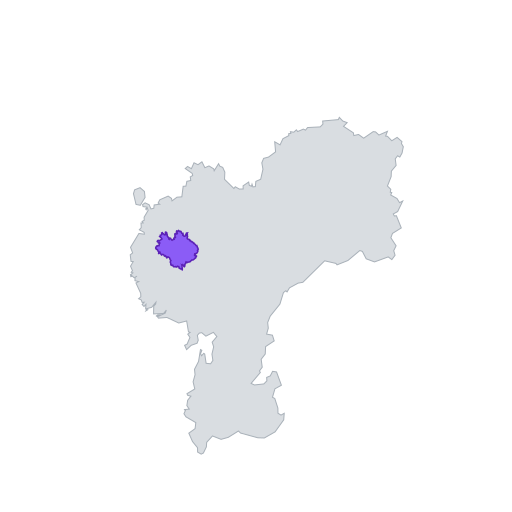 China, with Hunan highlighted, rotated 133°
{"feature_id": "CHN-1808", "entity_name": "Hunan", "entity_type": "Province", "adm_level": 1, "iso_a3": "CHN", "parent_name": "China", "parent_adm1": "", "projection": "natural_earth1", "projection_center": [111.592, 27.371], "detail": "fine", "context": "in_parent", "style": "filled", "palette": "violet", "viewbox_px": 512, "rotation_deg": 133, "n_neighbors": 0, "source": "natural_earth", "source_scale": "10m", "svg_char_len": 9312}
<svg xmlns="http://www.w3.org/2000/svg" viewBox="0 0 512 512"><g transform="rotate(133 256 256)"><path d="M280.5,364.7L272.1,361.1L271.5,357.1L273.0,355.0L266.9,353.9L263.3,350.6L254.7,356.8L252.7,354.9L248.5,357.5L245.3,355.2L243.0,358.0L240.3,357.2L239.1,359.0L240.3,367.4L237.2,367.1L236.2,362.8L230.1,364.9L228.8,360.7L224.0,359.8L226.3,353.6L222.2,351.8L221.1,346.3L222.2,344.7L214.0,346.3L215.0,343.8L213.9,340.8L215.9,336.0L221.4,331.3L221.7,318.2L219.5,318.4L218.4,313.8L215.7,311.1L213.5,313.3L206.9,311.8L208.9,309.1L208.1,306.9L206.2,307.9L207.6,305.4L205.7,303.8L201.5,307.0L196.7,304.9L187.8,310.1L183.9,315.3L179.4,317.0L175.1,314.3L166.5,312.7L159.7,320.2L158.3,314.2L151.8,316.3L145.6,314.1L144.2,315.5L142.6,314.1L141.6,315.6L139.7,312.8L136.2,312.5L136.6,310.4L130.9,307.9L130.2,305.6L126.9,305.9L117.8,297.1L113.9,297.0L111.8,299.3L100.1,288.8L97.8,289.6L98.1,284.6L96.3,280.3L101.5,280.4L99.5,268.8L101.2,266.6L97.2,263.9L96.4,257.6L85.1,255.1L83.7,253.2L83.7,248.6L75.2,244.9L79.9,243.0L78.8,241.4L79.1,235.3L73.0,233.7L72.8,227.3L74.6,226.3L75.6,222.8L81.1,219.4L85.6,218.3L86.1,220.8L90.0,220.4L94.2,215.3L101.6,214.9L105.8,211.3L115.2,207.6L115.3,202.9L117.8,201.3L117.0,200.0L119.5,199.1L117.8,192.1L119.1,187.4L115.7,186.2L126.9,182.7L131.6,184.3L132.4,182.1L130.8,180.8L136.4,168.9L146.4,171.6L150.7,169.8L153.0,160.5L158.2,158.9L160.6,154.8L166.0,154.2L166.5,158.7L179.5,165.3L182.9,173.5L180.1,181.3L181.2,183.8L196.6,185.7L207.2,190.7L206.9,192.5L212.7,202.5L243.3,203.8L247.1,206.7L256.4,209.8L261.1,208.8L261.1,210.5L264.0,211.0L274.9,205.7L290.3,204.6L296.7,202.1L300.4,197.8L305.9,195.0L302.7,190.0L305.7,184.8L315.7,187.2L321.4,182.4L328.0,181.8L333.1,175.6L337.7,175.1L338.2,173.4L352.5,172.7L351.4,169.2L344.2,163.0L339.9,162.9L337.5,165.4L334.0,163.8L329.0,165.2L326.8,161.9L333.2,149.3L340.2,151.6L348.1,147.6L347.4,145.1L352.3,136.3L356.0,132.7L355.3,129.2L351.8,128.1L356.9,124.0L371.6,122.1L383.4,125.8L387.7,130.7L396.0,146.5L396.0,149.5L407.5,152.6L413.9,156.5L417.3,165.1L425.9,165.0L429.5,162.1L436.0,160.1L438.3,161.0L439.2,165.0L436.1,168.0L435.0,175.9L431.4,184.3L423.8,182.8L418.9,186.4L421.4,197.5L420.5,201.1L416.8,202.4L417.5,203.9L413.5,200.4L412.6,204.5L408.1,207.6L402.9,208.0L404.5,210.9L403.8,212.6L395.0,210.1L390.9,216.2L384.4,219.6L380.8,223.7L372.3,226.1L362.3,232.8L361.9,231.3L365.3,229.9L366.1,227.8L362.8,227.8L362.7,226.6L368.5,219.3L365.8,215.7L361.8,216.3L357.8,221.3L351.3,225.0L348.9,229.3L341.6,229.7L340.9,235.1L348.8,238.0L349.1,243.4L351.1,244.9L354.0,244.8L357.0,240.8L360.0,239.6L365.5,242.5L371.8,242.9L370.0,247.3L367.4,246.3L360.6,248.8L359.7,252.6L356.8,252.1L357.5,253.7L350.8,262.4L357.7,266.8L361.7,279.2L368.0,285.0L367.6,286.6L359.7,283.4L356.7,284.7L361.0,284.4L368.2,291.4L362.4,296.6L359.6,296.6L358.0,297.7L364.7,297.3L370.0,300.6L366.4,303.5L369.3,303.5L369.1,306.2L366.1,306.3L367.6,307.6L366.4,310.0L367.3,312.7L364.4,312.4L361.9,314.9L357.6,325.4L354.7,324.3L356.6,327.7L354.0,329.9L351.9,329.3L355.0,330.2L355.1,334.9L352.3,334.5L353.0,336.2L351.0,336.3L349.0,340.8L343.8,342.0L345.2,343.7L340.9,348.8L337.9,348.3L335.2,353.7L319.4,357.0L316.2,352.5L315.0,353.9L316.4,359.2L313.5,359.3L310.3,362.6L308.8,361.1L308.4,362.9L306.1,362.1L303.9,364.3L296.2,366.0L294.6,369.0L296.9,372.3L295.8,374.0L292.8,373.4L291.4,369.2L293.2,364.9L290.8,363.3L288.1,365.3L283.8,361.7L284.0,363.7L280.5,364.7ZM297.8,375.2L300.1,378.9L294.0,388.1L290.4,389.9L285.1,387.4L284.9,381.6L288.8,377.1L297.8,375.2ZM368.3,288.1L366.1,287.7L364.1,285.7L365.7,286.1L368.3,288.1ZM371.2,299.1L369.6,299.5L369.2,298.5L371.2,299.1ZM356.5,333.4L355.6,334.6L355.7,333.0L356.5,333.4ZM295.4,368.6L297.0,367.9L296.8,368.8L295.4,368.6Z" fill="#d9dde1" stroke="#a8b0b8" stroke-width="1"/><path d="M289.0,311.4L289.3,310.4L288.9,310.2L289.1,309.8L289.1,309.6L289.2,309.4L289.0,308.9L289.0,308.2L289.2,307.2L289.3,307.0L289.2,306.9L288.8,306.5L289.0,306.4L289.0,306.2L289.1,305.8L289.1,305.5L289.6,305.0L289.6,304.5L289.9,304.2L289.9,303.9L290.0,303.8L290.1,303.4L290.3,303.1L290.4,302.9L290.7,302.9L290.9,302.7L291.2,302.5L291.4,302.5L291.6,302.7L291.8,302.7L291.9,302.2L292.2,301.8L292.4,301.6L294.5,301.2L295.1,301.5L295.6,302.0L296.1,302.3L296.2,302.2L296.5,302.0L296.5,301.7L296.9,301.8L297.0,301.8L297.4,301.5L297.5,301.3L297.5,301.1L297.3,300.8L297.0,300.6L296.8,300.3L296.8,299.9L297.0,299.7L296.7,299.5L297.0,299.2L297.3,299.2L297.8,299.2L298.2,299.4L298.4,299.3L298.4,298.9L298.6,298.8L299.8,299.1L300.5,299.1L301.7,299.3L302.4,299.9L302.6,300.2L303.1,300.1L303.8,300.3L304.4,300.4L304.9,300.2L305.5,300.6L305.9,300.7L307.2,301.8L307.5,302.3L307.8,302.1L307.9,302.5L308.2,302.7L308.2,303.1L308.7,302.9L309.3,302.3L309.6,302.3L309.9,302.4L310.6,302.4L310.8,302.1L311.2,302.0L311.4,301.6L312.0,301.2L312.2,301.4L312.2,301.7L312.3,301.9L312.8,301.3L312.9,301.5L312.8,301.8L312.3,302.2L312.2,302.4L312.2,302.7L312.3,303.6L312.8,303.3L313.0,303.4L313.1,303.8L313.2,303.5L313.3,303.5L313.5,303.7L313.9,303.2L315.4,301.4L315.5,301.3L316.0,300.8L316.4,300.5L316.5,300.7L316.2,301.4L316.1,301.9L316.2,302.0L316.7,302.0L316.8,302.1L317.0,302.6L317.0,303.2L317.2,303.5L317.3,303.8L317.2,304.2L316.9,304.3L316.6,304.7L316.5,305.0L316.4,305.3L316.8,305.6L316.9,306.3L317.1,306.5L317.4,306.4L317.6,306.3L318.2,306.7L318.5,306.8L318.4,307.3L318.5,307.6L318.9,307.7L319.1,307.9L319.3,308.2L319.9,308.6L320.0,308.9L319.9,309.5L319.8,310.2L319.5,310.6L319.9,311.0L320.2,311.0L320.2,311.6L320.5,311.7L320.6,311.9L320.5,312.2L320.3,312.6L320.1,312.8L319.7,313.0L319.6,313.3L319.3,313.6L319.2,314.2L319.0,314.4L318.6,314.8L318.0,314.9L317.7,315.0L317.3,315.2L317.3,315.4L317.3,316.2L316.7,317.2L316.3,318.2L316.4,318.6L316.6,319.7L316.7,319.9L317.1,320.1L317.5,319.8L317.8,319.8L318.2,319.9L318.2,320.5L318.0,320.8L317.6,321.5L317.6,321.9L317.6,322.0L317.8,321.9L318.0,322.2L318.2,322.5L318.3,322.8L318.5,322.9L318.3,323.6L318.1,323.9L318.3,325.2L318.5,325.4L319.0,325.5L319.3,325.8L319.7,325.8L319.6,326.7L319.3,327.2L319.2,328.1L318.8,328.7L318.7,329.0L318.9,329.0L319.2,328.8L319.5,329.0L319.9,328.7L320.1,328.6L320.5,328.7L320.6,328.9L320.5,329.0L320.3,329.2L319.9,329.3L319.7,329.6L319.3,330.0L319.3,330.9L319.0,331.4L318.8,331.8L318.6,332.3L318.7,332.9L319.0,333.1L319.1,333.5L318.8,334.0L318.8,334.5L318.5,334.6L318.2,335.1L318.0,335.3L317.7,335.3L317.3,335.2L316.5,335.5L316.4,335.4L316.2,335.0L315.8,335.1L315.5,335.0L315.4,334.8L315.1,334.7L314.8,334.3L314.7,334.0L314.0,334.2L313.2,334.9L312.9,335.1L312.5,335.3L312.3,335.5L312.2,335.5L312.1,335.3L311.9,335.5L311.9,335.8L312.1,336.1L312.7,336.0L312.9,336.1L313.0,336.2L313.0,336.3L312.8,336.4L312.6,336.6L312.7,337.1L312.6,337.6L312.8,338.1L312.4,338.3L312.1,338.4L311.6,338.4L311.0,337.9L310.9,337.8L310.8,337.3L310.5,336.9L310.4,336.9L309.9,336.9L309.4,336.7L308.9,336.7L308.6,336.5L308.1,336.6L307.9,336.4L307.7,336.4L307.2,338.2L307.3,338.4L307.5,338.6L307.4,339.6L307.1,339.4L306.8,339.5L306.6,339.9L306.4,340.0L306.4,339.8L306.0,339.7L305.8,339.8L305.2,339.8L304.3,339.6L304.1,339.8L304.0,340.2L303.7,340.2L303.4,340.7L303.1,340.5L302.8,340.4L303.0,339.9L303.1,339.4L302.9,339.1L302.9,338.8L302.8,338.3L303.0,337.8L302.7,337.5L302.8,337.2L302.7,337.0L302.5,336.9L302.1,337.1L301.9,336.8L301.2,337.4L300.9,337.6L300.6,338.4L300.4,338.5L300.2,338.5L300.1,338.4L299.8,337.7L300.0,336.8L300.1,336.7L300.5,336.6L300.7,336.3L300.8,336.1L300.8,335.8L301.0,335.6L301.2,335.1L301.4,335.0L301.7,334.9L301.9,334.6L301.9,334.4L302.1,333.9L302.2,333.4L302.0,333.0L302.1,332.7L302.1,332.4L302.4,332.3L302.7,331.8L302.8,331.4L303.1,331.1L303.0,330.8L302.7,331.0L302.1,331.0L302.0,331.3L301.9,331.3L301.6,331.2L301.4,330.8L301.3,330.5L301.6,329.8L301.7,328.7L301.8,328.4L301.7,328.1L301.4,328.1L300.9,327.9L300.1,327.6L299.7,327.3L299.5,328.0L299.3,328.2L298.3,328.2L298.2,328.1L298.2,327.8L298.1,327.7L297.4,327.6L297.2,327.7L297.3,328.0L297.2,328.2L297.2,328.4L297.1,328.5L296.8,329.0L296.3,329.0L296.0,329.3L295.5,330.2L295.3,330.4L295.1,330.4L294.9,330.0L294.8,329.9L294.6,329.9L293.9,330.0L293.9,329.8L293.9,329.7L294.1,329.3L294.1,329.1L293.7,329.0L293.5,328.8L293.3,328.8L293.1,328.9L292.8,329.8L292.7,329.9L292.4,330.0L292.3,330.7L292.3,330.9L291.9,331.1L291.6,331.1L291.5,330.9L291.6,330.6L291.6,330.4L291.2,329.9L290.9,330.0L290.4,329.9L290.2,330.0L290.1,329.5L290.0,328.8L289.8,328.6L289.8,328.4L289.9,328.2L289.4,328.1L289.3,327.9L289.2,327.7L289.4,327.0L289.8,326.4L289.9,326.2L290.0,325.8L289.9,325.7L289.8,325.3L289.6,325.1L289.3,325.0L289.2,324.9L289.5,324.6L289.8,324.5L290.6,323.9L290.7,323.7L290.3,323.5L290.2,323.4L290.5,323.1L290.6,322.9L290.6,322.4L290.6,322.1L290.3,321.8L290.2,321.6L289.8,321.4L289.4,321.4L289.1,321.6L288.8,321.4L288.5,321.9L288.3,322.0L288.2,322.0L288.1,321.9L288.2,321.6L287.4,321.9L287.2,322.1L287.1,322.4L286.8,322.5L286.6,322.5L286.3,322.1L286.0,321.9L286.4,321.8L286.7,321.6L286.8,321.2L287.2,320.7L287.5,320.6L288.1,319.8L288.3,319.4L288.5,319.4L288.7,319.2L289.0,319.3L289.2,319.2L289.4,318.8L290.1,318.3L290.2,318.1L290.2,317.5L290.0,317.1L290.0,316.9L289.7,316.8L289.5,316.5L289.5,316.2L289.4,315.8L289.4,315.6L289.6,315.4L289.4,315.3L289.4,315.1L289.5,314.9L289.7,314.7L289.8,314.6L289.7,314.5L289.6,314.4L289.4,314.6L289.3,314.3L289.7,313.3L289.7,313.0L289.6,312.8L289.1,312.5L289.2,311.9L289.0,311.4Z" fill="#8b5cf6" stroke="#5b21b6" stroke-width="1.5"/></g></svg>